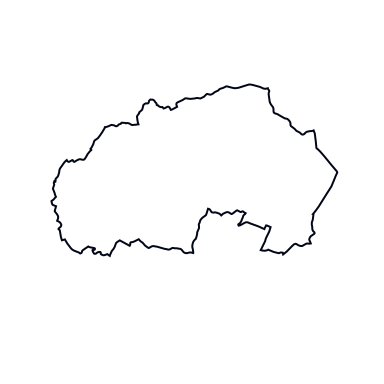 Da Lat, Lâm Đồng, Vietnam, rotated 332°
{"feature_id": "81297802B86448730167777", "entity_name": "Da Lat", "entity_type": "district", "adm_level": 2, "iso_a3": "VNM", "parent_name": "Vietnam", "parent_adm1": "Lâm Đồng", "projection": "albers", "projection_center": [108.448, 11.908], "detail": "fine", "context": "isolated", "style": "outline", "palette": "ink", "viewbox_px": 384, "rotation_deg": 332, "n_neighbors": 0, "source": "geoboundaries", "source_scale": "gbopen_adm2", "svg_char_len": 5984}
<svg xmlns="http://www.w3.org/2000/svg" viewBox="0 0 384 384"><g transform="rotate(332 192 192)"><path d="M307.7,136.0L305.3,135.4L303.8,134.3L301.3,131.1L295.9,126.0L294.0,124.5L292.9,123.9L291.1,123.5L282.0,121.8L278.7,120.6L276.5,118.9L272.3,115.0L271.7,114.8L268.4,114.7L265.2,114.1L264.1,114.2L262.9,114.7L258.9,114.5L256.5,115.0L255.0,114.9L254.3,114.8L253.7,114.6L251.4,112.5L250.6,112.5L247.3,113.5L243.4,113.4L240.8,111.5L240.1,111.1L239.3,111.0L237.9,110.5L234.4,109.1L233.0,108.2L231.4,106.9L230.2,106.3L229.6,106.1L227.2,106.4L221.4,106.1L220.4,106.2L219.8,106.6L219.3,107.3L219.1,108.1L218.8,109.8L213.2,109.8L211.9,109.6L211.8,106.8L211.5,106.0L211.1,105.5L210.4,105.2L207.4,105.2L206.1,104.9L205.8,103.2L205.6,103.0L204.3,102.4L203.4,101.4L203.0,100.7L202.7,99.6L202.1,99.2L201.7,98.6L201.8,98.3L202.1,97.6L202.2,96.7L201.8,95.9L201.6,93.6L201.0,92.4L200.6,92.0L199.8,91.6L198.7,90.8L197.0,91.3L196.5,91.7L195.9,92.6L195.0,93.0L194.4,93.0L193.3,92.3L192.4,92.0L191.4,92.0L189.7,92.5L189.3,93.1L186.7,95.9L186.1,96.1L182.8,96.9L182.1,97.8L181.1,98.2L179.2,99.2L178.8,99.6L177.4,103.4L176.9,104.9L176.5,107.1L173.5,106.0L170.7,104.8L170.1,104.3L168.9,102.2L167.7,101.0L167.1,100.6L166.4,100.5L165.9,100.3L165.6,100.0L165.4,99.6L163.7,98.6L162.7,97.9L162.1,97.8L161.7,98.1L161.3,98.3L160.7,98.3L159.2,98.0L157.7,98.5L156.5,98.6L155.6,98.1L154.3,96.4L152.3,94.9L148.9,94.7L146.2,94.2L145.7,93.8L145.2,94.1L145.0,94.5L140.2,97.4L138.9,98.0L137.7,98.7L134.5,100.2L133.0,100.5L130.7,100.7L130.2,100.9L129.5,101.2L127.3,103.4L124.2,105.6L122.6,106.3L122.8,107.6L120.5,108.3L117.5,109.6L115.3,111.1L112.9,112.4L112.0,112.7L111.4,112.6L110.9,112.4L109.5,111.3L108.9,110.7L107.6,110.1L104.9,110.0L102.4,110.2L101.7,109.6L101.7,108.1L101.4,107.7L101.0,107.6L98.0,107.7L97.4,107.6L96.9,107.1L96.6,106.6L96.4,106.0L96.4,105.0L95.0,105.3L93.0,106.0L86.3,109.4L85.4,110.3L84.8,110.9L84.1,112.1L81.8,114.5L80.6,115.4L78.5,116.1L77.8,116.4L77.3,116.9L77.1,117.2L77.1,117.6L76.8,118.0L76.2,118.7L75.5,117.9L74.8,118.5L74.3,119.0L73.8,120.8L73.2,121.4L70.7,123.8L70.6,125.3L70.2,128.4L69.7,130.7L69.6,132.4L67.8,133.0L66.5,133.6L65.4,133.8L63.7,134.0L63.4,134.7L62.9,136.9L62.9,137.6L63.2,138.3L65.3,140.7L62.0,144.2L61.8,144.5L61.8,145.2L62.3,147.7L62.4,149.0L62.4,150.2L62.2,151.1L61.2,152.6L59.4,154.1L60.8,156.1L61.1,156.9L61.3,157.8L61.3,159.2L60.8,160.2L60.4,160.6L59.7,161.0L57.6,161.5L56.9,161.8L56.7,162.1L56.8,162.6L57.2,163.2L57.2,164.0L55.1,170.3L54.5,173.6L57.5,174.2L57.7,178.8L58.6,184.4L58.9,185.6L59.4,186.9L60.5,188.6L63.7,192.3L64.0,192.9L64.4,193.8L65.7,193.9L66.0,193.8L66.7,193.2L67.2,192.6L67.7,192.3L68.4,192.1L74.8,191.4L75.0,191.9L75.5,192.4L76.7,193.5L79.3,195.6L79.7,196.1L79.7,196.4L79.5,196.8L78.9,197.2L78.5,197.2L77.3,196.5L76.9,196.6L76.7,196.8L76.6,197.3L76.5,198.8L76.6,200.4L77.0,200.8L77.5,201.1L78.4,201.3L79.7,201.0L81.0,201.1L81.7,201.2L82.3,201.6L82.8,201.9L83.0,202.5L82.9,202.8L82.4,203.7L82.5,204.4L83.6,205.8L84.1,206.3L84.8,206.6L86.0,206.9L87.0,206.9L88.2,207.2L88.4,207.9L89.4,209.8L90.1,209.1L93.0,206.8L93.9,206.3L96.4,205.2L98.1,204.0L100.9,201.5L102.0,201.1L105.5,200.8L111.7,210.2L112.4,209.8L112.9,209.2L113.4,208.3L113.9,207.8L114.3,207.7L116.5,208.4L118.2,208.6L122.8,208.7L123.2,210.6L123.7,211.9L124.6,213.6L125.4,217.2L126.1,218.7L127.2,220.9L127.7,221.2L128.4,221.2L131.0,221.1L131.7,221.3L132.5,221.6L135.6,224.0L141.3,229.5L142.7,230.5L143.7,231.5L144.5,232.0L145.5,232.2L148.2,232.2L148.9,232.4L150.2,233.5L152.1,234.5L152.9,235.2L154.8,236.6L155.3,237.2L155.7,238.0L156.3,240.9L156.6,241.7L157.3,242.6L157.9,243.1L159.0,243.7L161.6,244.3L162.7,244.9L164.4,246.4L164.9,245.6L165.6,243.7L166.6,240.3L167.9,238.4L169.6,236.7L170.4,236.2L172.4,235.3L173.1,235.3L173.7,234.8L175.0,233.6L176.8,231.5L177.7,230.0L181.2,227.2L181.7,226.4L182.8,223.8L183.5,223.2L184.3,222.7L185.9,221.0L187.4,220.2L189.2,219.6L193.4,219.0L194.4,218.2L198.3,214.3L199.2,215.2L199.5,215.7L199.6,216.3L199.8,218.8L200.3,219.6L201.2,220.2L202.8,220.8L203.7,221.5L205.7,223.6L206.4,224.8L206.8,226.4L209.2,225.8L211.5,225.9L212.7,226.0L213.7,226.3L214.4,226.8L215.0,227.4L215.5,228.2L215.9,229.1L216.7,230.1L217.8,230.1L222.5,229.3L223.3,229.4L225.4,232.4L225.8,232.7L227.4,232.7L227.7,232.9L228.1,233.4L228.4,234.3L229.4,235.9L228.6,236.3L226.6,236.8L226.2,237.0L225.4,237.8L224.6,238.6L223.2,239.6L221.7,241.0L221.1,241.3L220.0,241.9L217.7,242.3L217.4,242.7L217.5,243.7L219.1,244.0L221.8,244.0L223.8,243.9L225.4,244.1L226.1,244.4L227.1,245.1L228.4,246.8L234.2,253.2L235.8,255.2L236.5,256.2L238.5,258.7L239.3,258.0L241.8,256.3L242.7,257.1L244.9,259.9L241.6,263.2L235.5,267.6L233.4,269.8L225.4,275.6L226.6,276.7L228.3,277.8L229.5,278.4L231.7,278.8L232.2,278.7L236.0,283.3L239.9,286.8L241.1,286.9L242.0,287.1L243.0,287.7L243.7,288.3L243.2,289.9L247.5,289.1L255.1,286.7L257.4,286.1L259.0,286.3L259.8,287.0L260.9,288.9L262.3,290.5L263.9,291.4L268.0,291.3L269.3,291.4L271.5,292.8L272.7,293.2L272.8,292.7L273.1,289.2L273.6,288.5L274.2,287.9L274.9,287.4L276.5,286.7L278.0,286.6L280.3,286.3L280.7,286.1L281.0,285.8L281.1,284.9L280.6,283.5L280.6,282.2L280.8,281.3L281.9,279.0L282.3,277.4L283.6,275.0L285.5,273.3L288.8,268.7L288.4,268.3L292.2,266.7L297.1,264.3L310.8,256.4L317.6,252.6L322.6,248.5L326.0,245.6L329.4,243.0L329.5,242.6L329.5,241.4L327.8,233.7L325.6,222.6L324.3,217.0L323.4,213.9L322.5,211.8L322.7,211.1L325.3,204.8L327.9,197.9L328.3,194.7L327.3,194.7L326.3,194.4L324.9,193.7L322.0,192.8L320.5,192.8L319.6,193.0L318.8,193.4L318.0,193.5L317.4,193.5L316.7,193.3L315.8,192.4L315.1,190.2L312.9,187.0L312.2,184.3L311.2,182.1L310.4,180.5L310.3,179.7L310.5,178.9L311.1,177.8L311.4,176.6L311.4,175.3L311.1,173.9L310.7,172.7L310.0,171.7L308.5,170.6L305.0,165.1L304.5,164.1L303.4,162.7L302.4,161.8L301.8,161.0L301.6,160.3L301.6,159.9L301.8,159.2L302.7,157.4L303.2,156.1L303.3,155.1L302.8,151.8L302.8,150.3L303.0,148.7L305.6,141.6L306.2,140.6L307.4,139.4L307.7,139.0L307.7,138.6L307.5,136.9L307.7,136.0Z" fill="none" stroke="#020617" stroke-width="2"/></g></svg>